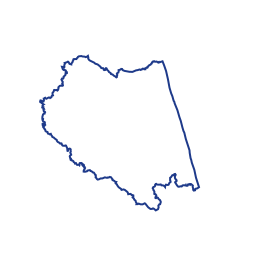 Brickaville, Atsinanana, Madagascar (Mercator projection), rotated 323°
{"feature_id": "10022922B71585303896889", "entity_name": "Brickaville", "entity_type": "district", "adm_level": 2, "iso_a3": "MDG", "parent_name": "Madagascar", "parent_adm1": "Atsinanana", "projection": "mercator", "projection_center": [48.731, -18.667], "detail": "fine", "context": "isolated", "style": "outline", "palette": "blue", "viewbox_px": 256, "rotation_deg": 323, "n_neighbors": 0, "source": "geoboundaries", "source_scale": "gbopen_adm2", "svg_char_len": 5670}
<svg xmlns="http://www.w3.org/2000/svg" viewBox="0 0 256 256"><g transform="rotate(323 128 128)"><path d="M195.7,95.5L192.1,94.3L192.3,93.8L191.3,93.5L190.9,92.2L189.4,91.3L189.1,90.4L187.9,89.9L187.3,90.3L186.8,90.0L186.4,90.1L185.7,90.8L184.8,90.7L184.1,91.0L182.7,90.6L181.5,90.9L180.7,90.8L180.1,91.5L179.7,91.5L179.1,90.9L178.5,91.0L177.8,90.7L177.2,91.5L176.3,90.9L176.0,90.0L175.6,89.5L175.0,89.4L174.1,89.6L173.7,89.2L173.0,89.2L172.4,88.2L170.6,87.6L169.1,86.8L165.4,85.9L162.9,83.9L159.6,80.3L158.7,78.8L158.8,77.3L158.1,76.7L157.3,76.9L155.3,76.1L154.7,77.1L153.7,77.9L152.3,77.7L151.7,78.0L151.4,79.2L150.4,79.8L149.8,80.6L149.2,80.6L149.0,80.2L148.8,78.9L148.2,77.8L147.9,76.0L146.9,74.7L147.2,73.7L146.5,71.8L146.7,70.5L146.3,69.0L146.7,67.9L146.7,67.3L146.2,66.9L144.7,67.9L143.8,67.4L143.7,66.8L144.2,65.8L144.2,65.4L142.8,64.1L142.7,63.3L142.9,62.6L142.1,59.3L141.9,58.8L140.6,57.0L140.3,55.4L138.3,51.5L137.9,50.3L138.0,48.6L138.7,47.9L139.4,46.3L137.8,46.3L136.8,45.9L136.4,45.0L134.6,43.4L134.1,42.5L131.9,41.2L130.8,41.1L130.1,41.5L129.2,41.5L128.3,41.9L126.3,40.4L125.7,40.3L124.8,41.2L123.9,41.4L123.2,42.1L121.6,42.4L121.0,43.1L119.9,41.6L120.2,39.5L120.1,39.0L119.9,38.8L118.7,38.7L116.5,37.9L116.2,38.8L115.3,39.2L114.5,40.0L114.0,41.0L113.4,41.2L113.1,40.4L112.1,39.4L111.3,41.9L111.6,43.0L112.1,43.2L112.9,44.4L112.9,44.8L112.2,45.4L112.3,45.9L112.8,46.6L112.3,47.4L112.1,47.4L111.8,46.6L111.4,46.4L109.7,48.1L107.5,48.2L106.9,49.1L105.9,49.5L105.1,48.8L104.0,49.3L103.7,50.8L103.7,51.7L103.3,52.0L103.0,52.8L102.0,53.1L101.9,54.6L101.6,54.9L101.0,54.8L99.6,53.6L98.8,53.3L96.9,53.6L96.0,54.9L95.1,55.1L94.7,55.6L94.1,55.6L93.8,54.6L93.0,54.2L92.1,53.3L91.7,53.2L91.1,53.8L90.1,54.3L88.9,54.5L88.1,55.5L87.7,56.8L86.7,56.5L86.0,56.7L85.4,57.3L84.7,57.3L83.8,57.2L83.7,56.5L83.0,55.9L80.4,55.5L79.9,54.5L80.0,54.0L79.6,53.9L79.0,54.1L78.4,53.8L77.4,55.4L76.4,56.0L76.0,55.7L75.7,54.8L75.2,54.3L75.2,53.9L74.9,53.4L74.6,53.3L74.3,53.7L73.8,53.9L73.5,54.6L74.1,55.6L74.1,55.9L74.3,55.9L74.3,56.8L74.8,58.3L74.4,58.2L74.2,58.5L72.9,58.9L72.7,59.5L72.1,59.9L72.9,60.5L72.4,61.0L72.5,61.1L72.4,62.1L72.0,61.9L71.7,62.1L70.8,64.1L71.4,65.0L71.3,65.5L70.5,65.8L70.1,66.3L69.1,65.9L68.2,66.1L66.4,67.5L65.4,68.7L65.7,69.6L65.3,70.0L64.6,70.0L64.2,71.7L64.7,72.5L65.0,73.4L64.2,73.8L64.3,74.2L63.9,75.3L63.1,74.8L62.5,73.4L62.1,73.4L62.0,74.1L61.4,74.7L61.3,75.2L62.0,76.0L61.1,76.1L60.8,76.4L61.0,76.9L60.8,77.2L60.9,78.4L60.7,78.6L60.9,79.4L60.3,80.6L60.6,81.8L61.3,82.7L60.7,84.2L61.3,85.0L61.6,85.9L62.8,86.2L62.4,87.9L62.5,88.8L62.2,89.6L63.0,91.0L63.1,92.1L63.9,94.7L63.5,95.4L63.5,96.8L64.2,98.2L64.3,99.4L64.6,99.8L65.3,99.9L65.6,100.3L65.1,102.2L65.3,102.9L66.6,104.0L67.7,104.4L67.9,104.7L67.3,107.5L65.9,109.8L66.1,110.1L66.4,110.1L67.2,109.3L68.0,109.0L69.1,109.4L69.4,110.2L69.3,110.7L68.5,111.6L68.1,112.4L67.0,113.0L66.7,114.8L66.5,115.2L65.0,115.2L64.4,115.6L63.0,119.0L63.2,119.4L63.7,119.2L63.5,120.0L64.0,120.5L64.4,121.5L64.1,122.5L64.6,123.8L64.3,124.5L65.3,124.9L65.1,125.5L65.2,126.9L66.7,127.7L66.8,128.5L67.1,128.3L67.4,127.6L68.3,127.0L68.9,127.3L69.2,127.7L69.6,127.8L69.9,128.2L69.9,128.8L69.5,129.2L69.3,129.9L69.7,130.4L70.4,130.4L70.5,131.2L70.1,131.6L69.3,131.4L69.4,132.7L69.8,133.3L69.3,133.6L69.5,134.2L68.6,134.7L67.6,135.0L66.7,135.6L66.4,136.1L66.8,136.3L67.0,136.8L67.6,137.2L69.3,137.9L70.0,137.6L72.2,138.7L72.3,139.4L72.2,139.8L72.8,140.5L73.1,141.5L73.1,142.2L73.8,142.9L73.9,143.4L73.7,145.2L73.9,146.3L73.3,146.6L73.2,147.3L72.4,148.0L72.6,148.7L72.5,150.2L72.8,151.0L74.0,151.5L75.7,151.8L77.3,152.9L79.8,153.5L81.2,155.1L81.7,155.4L82.3,155.4L82.8,156.0L84.0,156.1L84.8,157.2L84.7,159.2L84.3,160.0L84.4,160.3L84.7,160.3L84.6,160.9L85.2,161.9L85.4,163.2L86.1,164.0L85.1,164.4L84.8,164.7L85.2,166.3L84.9,167.4L84.9,169.7L85.8,172.5L85.6,173.5L87.5,174.4L88.2,175.5L89.0,178.7L88.9,179.7L88.3,181.0L90.2,182.0L90.5,182.5L90.6,183.9L91.0,184.0L91.7,185.0L91.2,185.8L89.9,186.3L90.3,187.8L89.9,188.9L90.3,190.6L89.7,191.9L89.7,193.2L88.9,193.9L90.0,194.7L91.0,194.8L92.2,196.6L93.8,197.8L96.0,198.2L96.3,198.8L96.4,203.5L97.2,206.1L98.5,207.1L99.5,207.2L99.8,207.5L100.2,208.5L100.6,210.5L103.1,210.9L104.7,209.8L105.5,208.3L107.1,207.8L107.8,208.2L109.7,206.8L110.2,204.9L110.0,204.6L110.0,204.1L109.7,203.1L109.9,201.7L109.5,201.0L108.1,200.9L107.8,200.5L108.2,199.8L109.6,199.3L110.1,198.8L110.1,197.3L109.9,197.0L109.4,196.8L109.3,196.5L110.8,194.7L111.0,193.4L110.9,193.0L111.3,192.3L111.5,190.9L112.1,190.6L112.8,190.4L113.9,190.8L114.7,190.6L115.6,189.6L116.5,189.4L116.9,189.6L116.9,190.3L117.1,190.6L118.7,192.0L120.2,192.8L120.2,193.9L121.3,194.7L122.1,196.2L122.1,197.4L122.9,196.6L124.2,196.1L125.3,197.3L125.9,197.6L126.3,197.7L127.9,196.8L129.6,196.7L130.0,195.9L130.1,195.2L131.7,193.1L133.0,193.1L134.9,192.4L135.3,192.5L136.0,193.2L137.2,192.7L138.0,193.1L137.9,194.1L136.3,194.9L135.4,196.2L135.2,197.2L135.4,198.5L135.0,198.9L135.0,199.5L134.3,199.7L133.4,199.5L132.9,199.8L132.6,203.5L132.8,205.1L133.4,205.6L134.9,206.2L135.7,207.0L136.4,206.9L136.7,206.7L137.3,206.8L138.4,207.5L139.5,208.7L139.9,208.5L139.8,209.0L140.3,209.7L141.1,209.9L142.0,209.2L142.7,209.5L143.3,210.6L143.9,210.1L144.6,210.7L145.1,212.7L145.1,213.1L144.3,213.8L143.3,216.3L142.9,216.5L142.8,217.0L142.9,217.6L144.1,218.1L144.8,217.3L145.4,217.2L146.9,217.9L149.1,218.0L152.4,208.6L155.8,201.3L158.1,194.1L159.3,191.5L159.8,189.8L162.3,185.0L163.7,182.8L167.6,171.5L170.2,165.5L170.5,163.8L171.8,160.3L174.4,154.1L175.6,150.3L178.2,143.5L180.1,136.4L180.8,134.8L180.8,133.8L182.6,129.2L183.3,126.4L185.4,120.8L189.2,113.2L192.7,105.4L194.6,99.5L195.7,95.5Z" fill="none" stroke="#1e3a8a" stroke-width="2"/></g></svg>